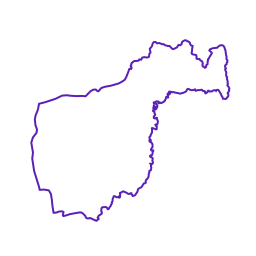 Kabang, Yala, Thailand (orthographic projection), rotated 190°
{"feature_id": "78962969B19846711934015", "entity_name": "Kabang", "entity_type": "district", "adm_level": 2, "iso_a3": "THA", "parent_name": "Thailand", "parent_adm1": "Yala", "projection": "orthographic", "projection_center": [100.929, 6.36], "detail": "fine", "context": "isolated", "style": "outline", "palette": "violet", "viewbox_px": 256, "rotation_deg": 190, "n_neighbors": 0, "source": "geoboundaries", "source_scale": "gbopen_adm2", "svg_char_len": 5791}
<svg xmlns="http://www.w3.org/2000/svg" viewBox="0 0 256 256"><g transform="rotate(190 128 128)"><path d="M186.6,31.6L185.9,31.7L183.4,32.5L181.5,33.7L180.6,34.0L178.1,34.5L176.9,34.0L177.1,31.0L176.6,30.2L176.1,30.1L172.9,31.6L170.4,33.0L165.1,35.0L161.2,36.4L159.6,36.7L158.0,36.2L155.1,34.3L154.6,33.7L153.9,32.5L153.3,32.1L152.4,31.9L150.4,32.3L150.0,32.7L149.0,32.7L147.9,32.5L147.5,32.1L145.6,31.8L144.9,31.4L144.0,31.5L143.4,31.2L142.8,31.2L142.5,31.5L142.1,32.4L141.6,32.9L141.2,33.0L141.3,33.9L142.3,34.5L141.7,36.4L139.0,39.0L139.1,40.6L139.6,40.8L140.0,41.8L140.0,43.1L140.2,44.2L139.8,45.2L139.5,45.5L137.5,45.9L136.5,46.4L135.0,45.9L134.5,45.5L133.9,44.5L133.5,44.6L132.9,45.1L132.2,47.1L131.5,48.3L131.3,49.8L130.8,50.6L130.8,51.3L131.1,52.0L130.5,53.0L130.7,54.4L130.7,56.1L130.3,57.1L130.2,58.3L129.8,58.5L129.2,58.5L128.1,58.1L126.7,57.9L125.9,58.2L125.2,58.9L124.9,58.1L124.6,57.9L124.3,57.9L123.9,58.7L123.9,59.3L124.2,61.3L124.6,62.1L124.6,62.6L123.8,63.0L122.9,64.0L121.5,64.8L118.1,63.9L116.4,63.2L114.8,63.4L114.3,64.1L113.3,64.3L112.7,63.2L112.0,62.6L111.9,62.1L111.5,61.9L110.4,62.3L109.3,63.2L107.9,66.3L107.6,67.1L107.6,68.9L107.3,69.7L105.7,71.2L104.5,72.0L102.8,76.1L101.4,76.7L101.1,77.0L101.0,77.7L101.4,78.5L101.2,79.9L101.0,80.4L100.2,81.1L99.4,83.2L99.3,84.8L99.5,85.3L99.6,87.1L99.3,87.7L99.2,88.4L99.5,88.9L99.5,89.6L99.2,89.8L98.4,90.2L98.1,90.7L98.2,93.2L98.7,94.0L98.8,95.3L99.3,96.3L99.7,96.7L99.4,96.8L99.0,96.3L98.4,96.4L97.5,97.4L97.4,98.0L97.9,99.6L98.4,100.1L98.3,101.8L98.4,102.5L99.3,103.1L100.7,103.3L101.3,103.8L101.4,104.2L101.4,104.5L101.1,104.9L99.8,105.4L99.6,105.7L99.4,106.9L99.5,108.7L99.1,109.9L99.3,110.3L99.5,110.4L100.4,110.0L101.0,109.9L101.6,110.6L101.5,111.5L101.1,112.5L100.7,113.0L100.5,113.6L101.1,116.3L102.3,117.7L104.0,118.2L104.4,118.5L104.7,119.1L104.7,119.5L103.8,119.3L103.4,119.4L103.3,119.6L103.6,120.1L104.4,120.7L105.0,121.7L105.3,122.4L105.2,123.1L104.4,124.1L104.4,125.6L103.8,126.9L103.6,127.9L104.0,130.5L104.4,131.5L104.3,132.1L103.8,132.2L100.7,131.6L99.9,131.6L99.6,131.9L99.9,134.4L100.6,134.8L101.6,135.9L101.2,136.3L100.1,136.3L99.8,136.6L99.6,139.5L100.3,140.9L101.3,142.1L101.3,142.9L102.0,142.9L102.4,142.2L102.9,142.1L104.2,142.3L104.5,142.9L104.6,143.4L104.5,144.0L103.6,145.3L103.5,145.7L104.5,147.4L104.8,148.5L106.2,149.0L106.4,149.7L106.3,150.0L104.1,151.0L103.6,151.6L104.8,152.2L105.6,151.7L106.5,151.9L106.6,152.3L106.5,152.8L106.5,154.0L106.4,154.3L106.1,154.3L104.1,153.4L103.2,153.1L102.8,153.7L102.9,154.6L103.1,155.3L104.3,156.7L104.8,156.8L106.6,156.4L107.1,157.5L105.8,158.2L104.7,159.2L102.5,159.3L102.1,158.8L102.4,158.0L102.0,157.7L100.8,158.6L100.0,158.3L99.3,158.3L98.6,159.2L97.4,159.9L97.0,160.7L96.4,161.2L96.3,162.3L95.8,163.4L95.8,165.1L95.2,165.4L94.2,164.9L93.8,165.1L94.4,166.3L93.9,167.0L93.9,167.3L94.8,167.7L94.9,168.7L94.5,169.1L93.8,168.7L92.7,168.9L92.5,169.3L92.6,169.7L93.8,170.6L93.7,171.0L91.3,171.1L90.6,170.9L89.7,171.3L87.0,171.0L85.0,171.1L82.6,170.8L81.3,171.6L79.9,172.1L77.1,174.1L76.9,174.6L76.6,176.1L75.8,176.9L75.0,177.0L74.0,176.5L72.1,176.3L70.0,176.8L68.8,177.7L68.5,177.5L68.1,176.6L67.8,176.4L65.7,177.5L64.2,177.7L62.0,178.5L61.5,178.3L61.0,177.7L60.4,177.5L59.3,177.7L58.9,177.6L58.4,177.1L58.2,176.0L57.7,175.6L57.2,175.8L56.2,176.9L55.8,178.3L55.5,178.7L55.0,178.7L54.3,178.1L53.9,178.0L52.8,178.5L51.5,178.7L50.7,179.7L50.2,180.0L48.7,180.3L47.8,179.8L47.5,180.7L46.7,181.1L46.0,181.2L45.1,180.7L43.8,179.1L42.3,177.6L41.7,176.2L40.5,175.1L39.5,173.3L39.1,173.5L37.1,173.5L36.1,174.1L35.8,175.2L34.9,176.4L34.8,177.0L35.0,178.7L35.9,179.5L35.7,180.5L35.2,181.2L34.8,182.2L34.9,182.8L35.3,183.4L35.0,184.4L35.7,185.6L37.5,187.2L37.5,187.9L37.2,188.6L37.3,189.1L37.8,189.7L37.9,191.2L39.1,193.6L39.2,195.2L39.4,195.5L40.1,196.0L40.5,196.8L40.9,200.1L41.5,200.7L42.5,202.5L41.9,203.6L42.0,203.9L42.7,204.3L43.2,206.1L43.1,206.7L42.2,207.5L42.0,207.9L42.1,209.3L41.6,210.1L41.9,212.0L42.9,212.8L43.4,215.6L44.1,216.9L45.6,221.6L46.4,222.7L47.0,224.2L48.3,225.5L50.1,225.9L51.9,225.2L53.4,223.6L54.0,222.6L58.6,221.2L61.0,219.6L61.3,218.4L59.2,217.2L58.4,216.3L60.2,211.6L60.5,210.2L60.9,210.0L61.2,209.5L60.9,208.5L61.2,207.6L60.9,207.0L61.0,205.9L60.8,205.1L60.8,204.5L61.8,203.5L61.8,201.5L62.5,200.8L62.8,200.7L63.1,200.7L63.9,201.5L64.8,201.6L65.4,202.2L65.6,203.1L65.6,204.7L65.8,205.2L66.9,206.7L68.6,207.2L69.2,208.0L69.8,208.4L71.9,208.0L72.4,208.1L72.8,208.9L72.9,210.6L73.7,211.7L75.9,211.7L77.7,211.9L78.5,213.1L78.3,214.5L78.6,217.2L78.5,218.9L78.7,220.1L80.3,220.3L81.6,221.7L81.9,222.8L83.5,223.7L84.7,223.7L85.9,224.4L87.4,224.2L89.1,222.8L89.8,221.8L89.7,220.2L90.8,218.6L92.6,218.6L93.2,217.5L93.7,216.0L96.4,213.9L97.6,213.5L99.3,214.4L101.3,216.0L102.7,215.7L105.7,215.9L107.6,216.8L108.8,216.4L110.6,216.9L112.2,217.1L113.9,216.4L115.9,217.5L117.6,217.0L118.4,215.3L118.5,213.3L119.1,211.7L120.3,209.9L120.2,209.4L119.0,206.5L119.0,206.1L119.7,205.2L119.8,204.6L119.7,201.8L120.7,201.0L121.7,200.7L124.2,200.6L125.9,200.0L126.5,199.3L126.6,198.2L127.0,197.5L128.8,197.5L129.1,196.5L129.8,195.9L133.5,195.0L134.2,194.3L134.9,193.3L135.5,193.0L135.9,191.6L135.7,190.3L136.1,189.9L136.1,189.6L136.0,189.3L135.0,188.2L134.9,187.4L135.3,186.6L136.1,186.8L136.4,186.7L136.7,186.6L137.1,186.0L137.2,184.6L138.6,177.6L139.6,174.9L141.6,172.9L145.0,170.2L152.2,166.7L158.1,164.5L161.3,162.7L163.4,159.1L164.4,159.0L166.5,160.3L168.9,159.7L171.2,157.8L175.3,151.9L178.8,151.6L184.7,150.4L190.2,149.8L194.1,149.6L198.6,148.4L204.4,144.2L214.1,139.0L219.8,136.4L219.9,130.6L221.2,124.2L221.2,120.1L219.6,114.7L217.3,110.7L217.3,107.3L220.0,102.2L220.7,96.8L217.3,87.3L217.0,81.3L213.0,69.4L205.5,54.8L204.2,51.8L199.8,52.8L195.1,52.8L192.5,49.7L190.5,44.0L188.8,37.9L186.6,31.6Z" fill="none" stroke="#5b21b6" stroke-width="2"/></g></svg>